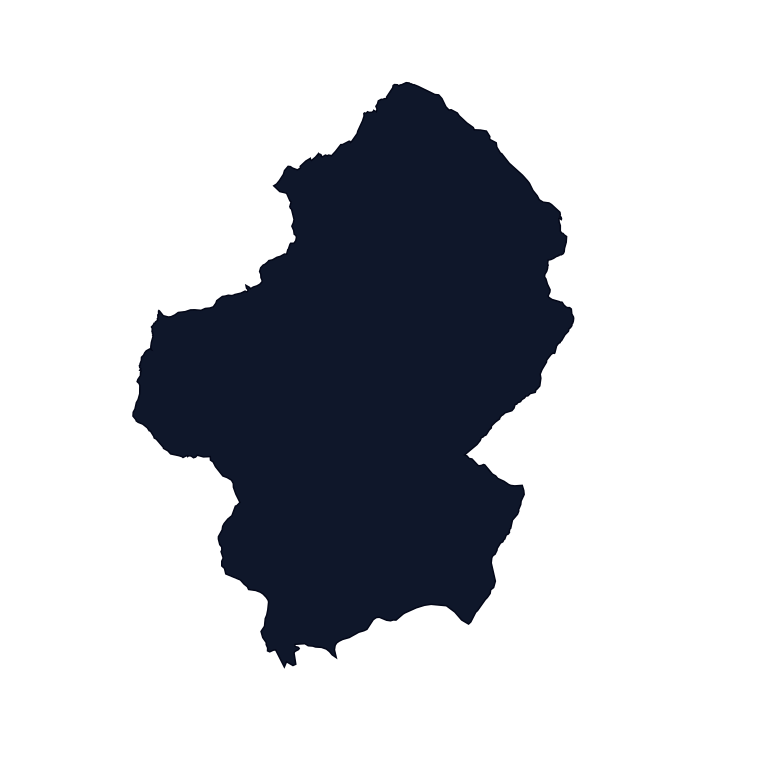 Tasca, Neamt, Romania, rotated 238°
{"feature_id": "2599482B76124812753990", "entity_name": "Tasca", "entity_type": "district", "adm_level": 2, "iso_a3": "ROU", "parent_name": "Romania", "parent_adm1": "Neamt", "projection": "orthographic", "projection_center": [25.997, 46.881], "detail": "fine", "context": "isolated", "style": "filled", "palette": "ink", "viewbox_px": 768, "rotation_deg": 238, "n_neighbors": 0, "source": "geoboundaries", "source_scale": "gbopen_adm2", "svg_char_len": 6171}
<svg xmlns="http://www.w3.org/2000/svg" viewBox="0 0 768 768"><g transform="rotate(238 384 384)"><path d="M436.4,624.2L447.4,621.2L450.1,619.9L453.9,615.3L458.0,613.3L462.4,613.7L469.2,612.9L477.2,613.7L480.2,613.4L487.7,612.1L504.8,607.2L516.9,605.9L518.2,605.1L525.1,605.2L529.1,607.0L534.9,603.6L536.2,603.6L537.8,604.9L544.2,604.9L548.3,600.3L551.7,595.3L554.2,595.6L561.5,592.6L571.6,589.9L575.0,589.8L581.0,586.3L581.9,584.3L586.3,583.4L595.3,584.4L600.2,583.6L602.6,580.5L618.3,570.7L622.0,568.0L622.3,567.1L623.9,566.4L624.3,565.6L625.9,564.9L627.8,562.5L628.5,557.1L629.1,556.2L628.8,554.7L630.7,553.9L632.4,551.5L632.3,549.9L630.6,548.4L626.0,538.3L625.0,538.0L624.9,537.2L625.8,535.4L625.9,533.9L626.9,532.5L627.1,529.2L624.9,526.8L623.8,524.3L620.9,523.8L618.9,521.8L621.5,520.2L621.0,519.7L620.7,518.0L622.2,515.3L623.6,514.3L623.0,512.2L624.2,511.2L624.1,510.3L621.7,509.0L618.5,505.2L612.3,495.7L610.6,494.0L606.6,484.5L606.5,483.5L607.8,483.7L608.4,483.1L609.0,475.8L609.9,474.2L606.9,466.0L605.3,460.1L606.5,459.5L607.6,458.1L607.4,457.0L609.2,455.6L609.2,452.1L610.3,451.3L610.8,452.0L612.0,452.0L613.5,450.9L613.2,449.4L613.9,449.9L612.7,446.2L612.0,441.0L613.3,440.6L614.4,441.1L614.5,435.9L613.0,428.3L611.4,427.6L611.5,424.0L615.7,420.8L617.9,419.9L619.4,418.0L617.7,412.7L615.1,409.8L612.0,403.2L610.5,398.9L610.5,395.5L602.4,397.6L598.0,402.0L596.7,402.4L589.3,401.3L587.5,401.6L584.3,398.1L582.5,397.8L581.2,398.2L571.2,394.9L568.7,392.5L566.7,389.5L562.1,388.8L558.6,387.2L556.6,388.0L554.7,387.4L552.3,385.1L551.1,382.1L552.8,379.4L552.2,378.2L549.0,374.3L548.9,373.6L545.7,370.2L547.0,368.3L547.2,363.7L548.2,360.4L548.4,355.2L549.7,351.7L549.1,349.9L548.6,346.5L548.9,344.5L547.9,341.0L545.3,338.1L542.4,337.7L539.4,336.0L537.0,335.7L535.4,334.9L534.4,331.5L534.6,328.1L535.5,324.5L535.5,321.4L537.3,321.1L540.8,319.2L538.1,318.2L535.7,318.6L534.8,317.2L534.8,316.4L536.4,315.4L536.9,310.8L539.0,304.7L539.1,303.2L539.8,301.5L541.8,299.0L542.7,295.9L543.9,293.3L543.3,286.3L541.6,284.2L539.9,280.1L540.7,276.6L542.8,272.4L543.4,267.9L547.3,262.7L549.4,259.1L550.7,253.7L553.7,247.4L553.4,243.2L553.9,239.1L555.0,236.7L558.9,233.0L564.8,232.3L565.6,232.0L565.4,231.5L562.6,229.8L562.6,229.0L561.4,228.1L560.5,228.1L559.4,226.3L558.0,225.9L557.7,223.0L556.8,221.8L557.3,221.2L556.2,219.4L555.6,217.0L553.8,216.9L551.2,214.9L550.4,215.2L549.3,214.3L548.1,214.4L547.6,213.5L547.1,213.7L542.6,208.8L539.7,206.4L537.7,205.0L536.3,205.0L537.9,203.9L538.1,200.0L537.3,197.7L535.8,195.3L535.2,192.5L532.6,190.7L530.2,187.6L529.4,187.4L529.3,186.4L527.5,185.6L526.0,185.9L525.1,184.3L524.7,185.1L523.4,184.8L523.3,184.0L520.1,181.8L518.3,177.7L516.8,175.9L514.2,176.6L512.0,176.1L505.1,171.6L501.1,167.2L499.4,164.1L494.8,159.6L493.0,156.4L489.8,154.1L485.2,154.7L484.1,154.3L481.8,155.2L477.9,158.1L472.2,160.1L468.8,160.1L467.7,161.0L461.6,161.0L460.0,160.5L457.9,161.7L447.2,163.3L446.2,162.9L441.9,165.3L437.8,166.0L432.0,172.0L429.6,174.1L428.2,174.6L427.8,179.0L426.5,179.0L426.7,180.3L425.1,182.3L422.4,183.4L421.9,185.5L422.6,187.9L417.9,192.2L414.5,198.2L411.4,196.5L408.4,197.8L403.2,197.3L391.4,198.6L387.8,201.4L383.3,203.7L379.5,203.5L376.3,201.6L369.1,200.0L359.9,199.1L358.8,194.5L359.2,193.3L352.9,185.2L352.3,180.2L350.4,174.5L348.8,171.8L346.0,169.4L342.3,162.7L340.3,161.4L334.8,159.6L331.8,160.0L329.1,158.5L328.2,157.0L321.6,155.4L319.7,152.5L315.7,150.0L312.2,151.0L306.8,149.2L293.9,158.4L288.4,159.3L284.5,160.7L281.5,160.3L276.9,165.8L273.0,168.8L270.2,170.1L265.5,171.1L262.3,171.2L260.4,170.7L254.1,165.8L250.2,162.1L248.0,159.0L241.9,154.3L239.3,148.6L233.2,146.8L227.1,147.1L225.4,146.0L221.9,145.5L219.4,143.8L217.4,145.2L216.9,149.2L215.9,151.2L196.8,149.5L200.1,154.2L193.5,157.6L193.1,160.7L203.6,165.2L204.4,166.7L204.1,170.8L204.7,172.0L206.4,171.6L208.2,169.7L209.6,169.8L210.4,170.6L205.7,179.3L202.2,181.0L199.5,184.7L197.3,186.5L193.8,191.4L189.7,194.7L185.9,196.0L181.9,196.5L177.2,198.5L184.8,201.1L188.2,204.0L189.5,206.6L189.7,209.6L189.3,213.6L187.4,220.2L186.9,230.9L185.4,236.2L185.0,239.5L189.8,249.9L190.0,252.8L189.9,254.0L188.6,256.5L182.3,261.0L179.7,264.1L179.0,266.8L177.4,269.1L178.8,278.3L178.8,280.3L177.1,292.8L174.9,301.1L172.2,307.2L162.9,319.4L153.1,323.2L142.7,324.8L135.6,328.5L136.2,331.5L141.8,340.8L142.3,343.3L147.5,355.7L148.2,358.5L150.1,363.0L152.9,365.4L153.3,369.1L157.8,374.0L175.4,380.1L179.6,383.4L180.7,385.5L180.8,388.0L183.1,391.7L184.5,392.8L187.4,398.5L187.2,401.1L188.6,403.4L188.5,404.2L191.2,407.7L190.9,410.0L191.7,411.8L192.6,412.1L194.3,413.9L194.5,415.0L200.5,420.8L202.8,428.2L204.8,430.9L206.2,431.7L209.3,436.1L212.1,438.3L216.0,444.3L219.6,446.1L224.8,447.5L228.3,440.9L230.8,437.8L232.6,436.5L237.9,434.2L243.7,430.4L246.9,430.0L250.2,428.2L262.0,426.6L263.0,425.7L263.3,423.5L264.2,421.4L265.1,420.6L273.8,418.9L275.8,416.7L278.9,416.3L281.2,414.8L283.4,430.8L285.1,435.6L287.0,438.1L286.6,439.8L287.0,441.3L286.7,443.6L289.3,449.0L289.8,451.6L291.5,453.0L292.7,458.4L293.1,463.5L294.0,464.3L295.0,467.2L294.8,468.2L295.4,471.5L293.6,478.3L294.6,481.4L297.2,484.4L296.6,485.9L297.3,487.3L296.7,490.4L297.7,492.7L297.7,495.7L298.6,498.0L297.7,499.7L298.4,502.9L296.8,507.8L298.6,510.0L298.6,511.3L299.8,515.1L305.8,520.1L309.6,521.7L312.5,525.7L316.4,533.3L318.1,534.7L320.5,541.2L320.7,543.6L319.7,544.7L319.8,545.3L324.8,550.5L326.0,553.6L325.8,555.3L326.4,555.5L326.7,557.6L329.8,563.5L331.0,568.3L332.8,570.2L332.9,571.9L333.9,574.2L335.6,575.6L335.6,576.3L337.0,577.9L339.1,579.6L340.4,580.2L343.9,580.4L348.3,582.6L350.4,581.9L351.5,580.1L352.8,579.2L355.8,578.4L358.9,578.4L359.7,577.5L359.7,576.8L360.8,576.5L366.6,571.3L370.1,569.7L371.7,569.8L374.1,573.4L375.9,574.8L382.0,575.5L387.3,577.0L389.6,576.9L391.6,578.3L393.5,581.9L395.4,584.0L397.7,585.7L397.7,586.1L399.6,586.7L402.1,588.8L401.1,591.5L400.7,594.5L400.8,597.4L400.2,600.5L400.6,600.9L399.6,602.9L399.6,605.1L400.7,606.9L403.4,609.0L407.7,613.7L412.3,617.0L414.9,615.9L416.8,615.6L418.0,614.6L420.3,614.6L424.9,617.5L428.6,618.4L431.8,620.0L431.6,620.6L429.5,621.5L430.0,622.1L431.6,622.6L433.4,622.0L433.9,623.1L436.4,624.2Z" fill="#0f172a" stroke="#020617" stroke-width="1.5"/></g></svg>